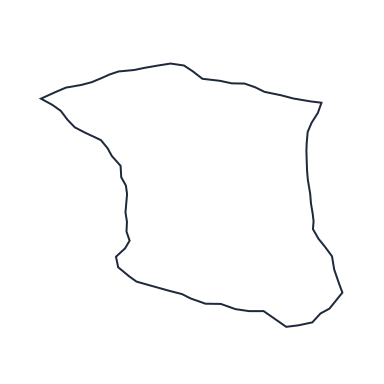 Pinhais, Paraná, Brazil, rotated 95°
{"feature_id": "56859067B39205088025150", "entity_name": "Pinhais", "entity_type": "district", "adm_level": 2, "iso_a3": "BRA", "parent_name": "Brazil", "parent_adm1": "Paraná", "projection": "equal_earth", "projection_center": [-49.159, -25.426], "detail": "fine", "context": "isolated", "style": "outline", "palette": "slate", "viewbox_px": 384, "rotation_deg": 95, "n_neighbors": 0, "source": "geoboundaries", "source_scale": "gbopen_adm2", "svg_char_len": 1074}
<svg xmlns="http://www.w3.org/2000/svg" viewBox="0 0 384 384"><g transform="rotate(95 192 192)"><path d="M91.8,70.8L91.4,82.0L90.0,99.3L87.9,111.5L85.9,128.6L82.2,138.1L79.4,149.1L80.3,162.0L78.8,173.8L78.3,191.5L71.5,202.1L66.7,211.0L65.9,224.5L68.9,236.6L72.4,249.9L75.5,260.2L78.3,275.6L82.2,284.5L86.7,292.6L91.4,301.6L95.1,312.0L99.0,326.7L105.0,337.9L112.2,350.6L117.3,338.9L122.6,329.8L130.9,322.3L137.8,314.4L142.0,304.3L148.3,287.2L155.9,279.8L163.1,275.0L172.2,265.4L183.4,263.8L191.4,258.4L199.8,256.5L208.2,256.5L218.1,256.5L227.3,254.2L237.2,253.8L245.9,249.9L254.0,253.8L263.1,262.1L273.4,259.0L281.4,247.4L286.1,239.5L288.6,226.4L292.1,207.9L294.6,193.0L298.2,184.0L302.1,168.9L301.0,153.5L304.9,138.5L305.7,124.6L304.4,110.3L318.1,86.4L315.6,74.6L311.4,60.8L301.8,53.4L296.2,44.9L279.1,33.4L270.7,37.4L256.8,43.6L243.9,46.9L234.7,55.0L227.6,61.9L218.4,68.3L210.8,68.3L203.4,69.8L193.0,72.5L183.5,74.1L169.6,77.7L160.3,79.3L151.3,80.4L141.3,81.6L133.6,82.0L122.1,82.0L112.6,78.9L102.2,73.5L91.8,70.8Z" fill="none" stroke="#1e293b" stroke-width="2"/></g></svg>